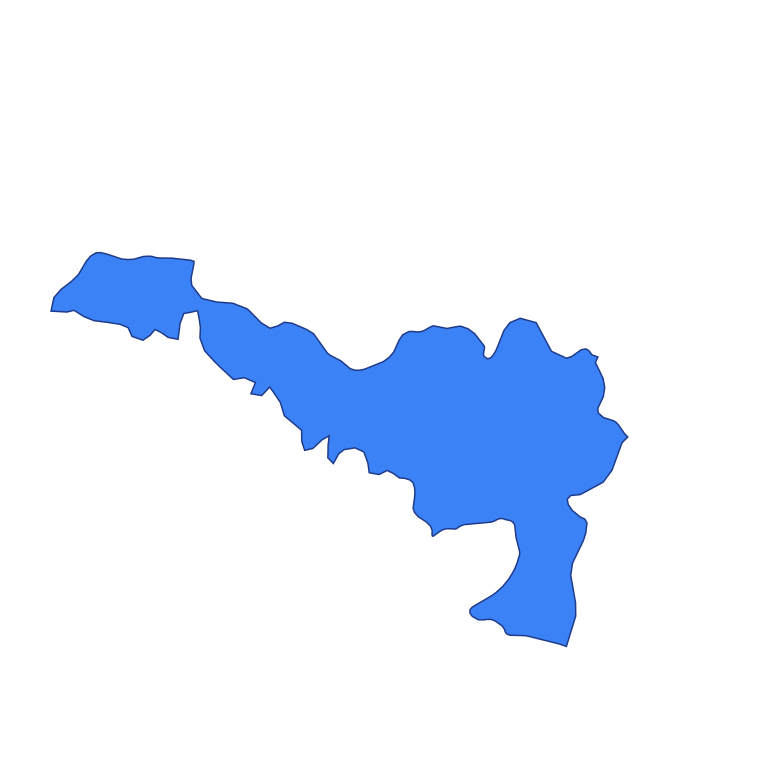 SVG path tracing the border of Mohale's Hoek, rotated 220°
{"feature_id": "LSO-1204", "entity_name": "Mohale's Hoek", "entity_type": "District", "adm_level": 1, "iso_a3": "LSO", "parent_name": "Lesotho", "parent_adm1": "", "projection": "albers", "projection_center": [27.808, -30.085], "detail": "fine", "context": "isolated", "style": "filled", "palette": "blue", "viewbox_px": 768, "rotation_deg": 220, "n_neighbors": 0, "source": "natural_earth", "source_scale": "10m", "svg_char_len": 2927}
<svg xmlns="http://www.w3.org/2000/svg" viewBox="0 0 768 768"><g transform="rotate(220 384 384)"><path d="M143.2,409.6L139.1,407.9L133.6,399.4L130.6,392.2L124.4,367.8L118.0,357.5L96.6,339.5L88.0,329.5L75.6,300.2L82.9,297.4L113.5,282.4L126.1,272.5L129.3,271.4L131.5,271.9L134.1,273.5L137.7,274.6L146.7,273.9L150.6,272.5L153.7,270.0L156.1,267.3L160.3,264.0L167.0,262.7L171.0,263.8L173.1,266.6L173.0,269.9L165.4,291.2L164.2,295.8L162.9,305.3L163.0,314.2L164.0,321.4L165.2,327.1L166.9,332.2L170.3,340.1L171.0,341.3L172.5,342.9L183.9,351.1L193.5,360.2L196.7,361.0L199.2,360.7L203.3,358.5L206.3,357.3L208.4,355.7L209.7,353.9L211.5,349.8L212.4,348.1L213.5,346.7L232.1,327.9L233.3,326.0L234.5,323.3L235.2,320.6L235.9,319.0L237.7,317.5L240.0,315.9L242.4,313.8L244.3,311.8L245.5,309.5L246.4,307.2L248.5,298.9L249.4,298.7L250.8,299.9L252.8,302.7L257.0,305.0L262.8,305.5L272.3,304.4L277.9,305.2L281.8,307.5L288.2,317.6L290.9,321.1L293.9,324.2L298.4,327.1L302.6,327.1L307.6,325.0L311.9,321.9L319.4,321.5L326.0,319.8L329.6,311.5L338.3,306.5L345.5,313.1L355.7,319.0L365.1,316.5L372.4,308.1L373.8,301.4L371.7,290.5L379.6,291.4L387.6,301.4L392.7,309.0L395.6,301.4L397.1,288.9L402.1,282.2L410.1,287.2L417.4,295.6L429.0,295.6L439.9,295.6L451.4,303.2L463.1,306.6L469.6,308.2L470.3,296.5L479.7,291.0L483.4,302.4L495.0,299.1L502.3,290.7L520.4,291.6L530.6,292.5L542.9,294.2L554.5,300.9L561.0,309.3L567.5,315.2L574.0,320.3L578.4,314.4L582.7,309.4L579.2,299.4L570.5,285.9L579.2,281.0L587.9,280.2L594.5,278.5L594.5,271.0L596.8,262.6L607.6,258.5L616.3,262.7L624.3,260.2L635.3,253.6L646.9,246.1L657.1,242.8L668.8,241.2L673.1,235.4L685.9,225.8L692.4,238.0L692.2,249.0L689.4,261.6L688.4,271.2L691.0,286.9L691.0,293.2L689.0,299.2L685.7,302.4L680.5,305.1L665.2,311.2L660.5,314.5L656.0,318.6L650.4,326.9L646.8,330.3L644.0,332.5L641.5,333.5L639.4,334.6L637.1,336.1L627.2,344.2L611.6,354.6L609.7,355.1L608.5,355.9L606.9,353.9L599.7,340.9L594.7,336.0L578.6,332.4L564.9,339.2L562.6,340.9L551.5,348.8L536.6,353.7L517.3,351.9L507.1,353.5L502.7,360.2L500.0,367.3L493.4,371.5L478.1,376.1L470.2,377.2L447.1,371.3L443.2,371.5L431.9,374.0L419.9,374.0L415.2,375.8L411.5,378.9L408.3,383.0L398.9,400.7L397.2,407.3L397.1,414.8L400.7,427.6L401.3,433.7L398.8,440.0L396.6,442.1L391.4,445.7L389.1,448.2L387.5,451.0L385.2,457.4L383.6,460.3L371.5,467.0L364.4,475.6L362.4,477.6L354.8,480.4L346.9,480.8L331.8,477.6L330.1,476.1L327.1,470.8L324.9,469.4L320.7,469.9L319.0,473.0L319.1,477.4L319.9,482.1L326.5,502.2L327.0,511.9L321.9,521.9L306.9,528.8L276.7,516.7L260.9,521.0L257.9,525.6L255.0,536.9L251.9,540.7L248.3,541.2L243.5,540.0L237.5,542.2L235.9,536.4L219.6,529.0L212.7,523.2L207.9,515.4L204.6,502.8L201.3,499.5L194.2,499.4L184.8,503.3L181.7,503.9L177.2,503.2L168.3,500.7L168.0,500.6L163.2,500.1L163.9,492.0L153.9,464.4L153.0,449.7L162.6,425.4L169.3,418.6L169.6,413.5L165.4,410.1L158.6,408.2L148.7,408.2L143.2,409.6Z" fill="#3b82f6" stroke="#1e3a8a" stroke-width="1.5"/></g></svg>